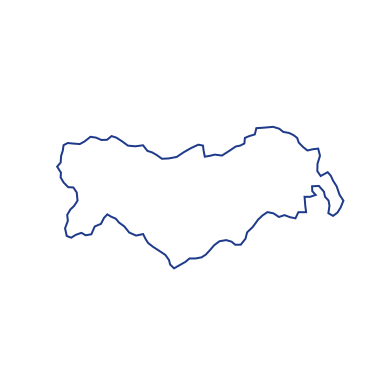 outline of Ewbank da Câmara, Minas Gerais, Brazil, rotated 33°
{"feature_id": "56859067B96490156816803", "entity_name": "Ewbank da Câmara", "entity_type": "district", "adm_level": 2, "iso_a3": "BRA", "parent_name": "Brazil", "parent_adm1": "Minas Gerais", "projection": "orthographic", "projection_center": [-43.556, -21.576], "detail": "fine", "context": "isolated", "style": "outline", "palette": "blue", "viewbox_px": 384, "rotation_deg": 33, "n_neighbors": 0, "source": "geoboundaries", "source_scale": "gbopen_adm2", "svg_char_len": 1845}
<svg xmlns="http://www.w3.org/2000/svg" viewBox="0 0 384 384"><g transform="rotate(33 192 192)"><path d="M323.7,116.8L317.3,114.0L310.3,108.5L304.2,105.7L299.6,102.8L295.0,101.5L291.2,108.5L285.7,106.2L281.9,100.0L279.6,91.9L274.2,86.9L270.0,90.4L266.2,94.3L260.7,93.8L254.6,92.4L250.8,89.4L246.2,89.0L241.3,89.6L235.8,91.9L230.7,91.4L224.5,93.2L217.0,99.1L211.2,103.4L213.3,109.5L209.6,113.9L206.9,117.8L209.5,122.8L207.1,126.9L203.9,130.0L201.3,136.2L197.3,145.1L190.8,148.2L187.0,152.2L183.5,155.4L179.4,151.2L175.9,147.1L171.5,148.9L167.1,156.0L163.3,163.4L160.1,170.9L154.2,176.5L148.7,180.5L142.1,180.2L137.0,180.5L132.2,181.8L125.5,179.5L119.5,184.6L113.0,188.0L106.1,187.6L99.0,187.6L94.1,188.9L92.3,194.5L87.7,197.7L81.8,198.7L76.8,201.0L74.4,208.0L71.8,212.9L66.7,215.7L61.1,218.6L58.8,222.7L61.1,227.7L62.6,233.1L65.8,238.8L65.1,244.2L71.5,247.1L73.9,251.3L79.0,253.9L85.5,255.4L90.0,252.8L95.6,255.2L100.7,261.6L100.7,268.0L99.5,272.9L99.8,279.2L103.6,283.8L105.3,291.6L110.9,297.1L115.6,296.1L117.8,291.3L121.5,286.5L126.4,286.2L130.6,282.3L129.2,273.9L133.0,268.3L132.3,261.5L133.2,256.9L137.8,256.7L142.6,255.9L147.5,257.4L153.9,257.7L161.4,260.2L168.8,259.0L173.9,253.9L179.0,256.9L183.1,258.7L189.3,259.2L196.7,259.2L204.0,259.3L209.8,261.6L213.1,264.7L218.5,265.8L221.6,259.8L224.5,254.3L226.1,249.1L231.2,245.8L235.6,241.6L237.7,236.9L238.8,230.4L239.6,224.5L241.9,218.3L246.9,213.7L252.2,212.1L257.0,212.7L261.6,209.6L262.3,202.0L260.2,195.8L262.0,188.3L262.5,179.0L263.9,173.3L266.2,167.8L272.0,165.5L278.5,165.6L282.2,161.0L287.8,159.8L293.1,157.7L292.2,151.0L298.7,146.8L294.3,141.6L289.0,134.7L293.6,131.8L297.3,127.1L292.4,125.8L289.6,121.8L295.1,117.8L302.5,119.9L306.2,123.6L311.2,124.8L314.8,128.7L317.9,135.5L323.3,135.2L325.2,130.1L325.1,124.1L323.7,116.8Z" fill="none" stroke="#1e3a8a" stroke-width="2"/></g></svg>